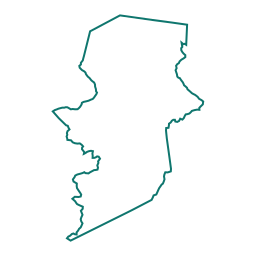 the district of Monsenhor Tabosa, Ceará, Brazil
{"feature_id": "56859067B83702629342983", "entity_name": "Monsenhor Tabosa", "entity_type": "district", "adm_level": 2, "iso_a3": "BRA", "parent_name": "Brazil", "parent_adm1": "Ceará", "projection": "orthographic", "projection_center": [-40.061, -4.94], "detail": "fine", "context": "isolated", "style": "outline", "palette": "teal", "viewbox_px": 256, "rotation_deg": 0, "n_neighbors": 0, "source": "geoboundaries", "source_scale": "gbopen_adm2", "svg_char_len": 2779}
<svg xmlns="http://www.w3.org/2000/svg" viewBox="0 0 256 256"><path d="M186.2,44.8L187.1,24.7L172.2,22.6L152.5,20.0L120.0,15.4L90.1,31.3L83.9,56.2L83.3,58.3L82.8,60.4L80.9,62.8L80.9,64.5L79.3,65.9L79.7,67.7L80.7,68.8L82.0,70.1L84.3,71.4L85.5,72.6L85.9,74.0L86.8,75.3L87.9,76.7L89.5,78.0L91.3,80.3L92.6,81.4L94.1,82.5L95.0,84.5L95.1,86.6L95.9,89.1L96.1,91.4L97.0,92.6L96.3,94.3L95.2,95.8L94.0,97.6L92.7,99.0L91.0,99.6L88.6,100.7L86.3,101.3L83.6,101.9L81.9,102.8L81.6,104.4L80.2,106.7L79.1,107.9L77.6,109.2L75.2,109.3L72.7,109.0L70.8,109.3L69.0,108.2L67.4,107.3L65.8,107.2L64.2,107.7L62.1,107.7L60.6,108.1L58.4,108.7L56.8,109.4L54.8,110.1L52.8,111.4L58.8,118.2L66.1,125.3L67.8,125.8L68.5,127.8L69.5,129.4L67.5,131.2L66.9,133.1L67.3,134.8L66.6,136.5L67.2,138.4L67.4,139.9L71.0,140.3L72.7,142.3L74.8,143.2L77.4,143.6L79.8,143.4L81.7,144.8L83.1,146.4L82.1,147.7L82.0,149.2L83.0,150.5L84.3,152.1L83.9,153.8L85.8,152.8L87.0,151.9L88.9,151.2L91.0,150.8L92.9,151.2L92.4,153.6L92.7,155.7L92.6,157.9L94.1,157.9L95.7,157.4L97.1,156.4L98.7,156.7L100.0,158.7L99.0,160.1L98.1,161.3L98.4,162.9L97.3,165.4L98.0,167.7L97.5,169.6L95.7,170.0L94.1,170.1L90.0,172.3L88.5,173.4L85.4,173.1L84.3,172.2L82.7,173.0L80.7,173.6L77.3,174.5L75.2,175.6L74.6,177.1L72.9,179.4L73.5,181.5L76.8,183.5L76.7,186.1L77.0,188.1L78.9,191.0L80.3,193.0L81.2,194.6L80.7,196.5L78.5,197.0L76.8,196.9L74.8,196.8L72.4,198.8L75.2,201.3L76.1,202.8L77.1,204.1L79.1,205.1L80.9,205.9L82.8,206.7L82.7,208.8L80.9,210.8L81.7,212.8L82.5,214.8L81.4,217.2L80.7,219.2L81.3,221.5L82.5,223.3L81.8,225.0L80.7,227.4L79.1,228.8L78.1,230.6L76.6,232.4L76.6,234.5L74.9,234.3L73.4,233.5L71.9,234.0L70.0,235.8L68.3,236.6L67.0,238.3L70.6,240.6L126.8,212.7L132.0,210.1L151.6,199.9L152.8,197.5L153.6,195.4L156.3,194.5L157.2,192.5L158.2,190.2L159.2,188.1L160.4,186.4L161.6,184.6L162.9,183.6L163.8,181.4L164.5,179.3L164.0,176.4L164.4,174.5L165.3,172.3L167.7,172.4L170.8,171.4L171.0,168.9L169.9,160.7L166.8,138.3L166.0,130.5L166.2,128.0L168.5,127.8L168.9,125.5L169.0,123.7L170.8,122.4L171.8,120.8L173.3,119.8L174.9,119.8L175.3,121.5L177.3,121.9L179.1,120.9L180.2,118.7L182.4,119.6L183.8,118.1L184.8,115.9L185.7,114.4L187.6,114.1L189.4,113.5L190.7,112.3L191.9,110.9L194.6,110.1L197.2,109.6L199.4,109.8L199.3,107.9L200.7,106.4L202.8,104.4L203.2,101.5L201.5,100.1L199.1,98.8L197.7,96.9L196.1,95.6L194.8,94.7L193.5,94.1L191.9,93.2L190.3,91.7L188.8,90.4L187.5,89.3L187.0,87.8L185.5,86.4L184.1,85.3L183.5,83.7L182.8,82.3L181.7,80.9L180.6,79.4L179.9,78.2L178.4,77.7L177.3,76.6L176.9,74.2L176.2,72.1L175.6,70.2L176.6,68.2L176.1,65.8L177.3,64.1L178.8,63.2L179.6,61.4L181.4,59.7L183.6,58.4L185.3,57.1L185.3,55.1L183.7,53.7L182.5,52.3L181.3,50.3L181.2,48.2L182.3,46.9L181.6,42.7L183.4,44.2L184.7,43.8L186.2,44.8Z" fill="none" stroke="#0f766e" stroke-width="2"/></svg>